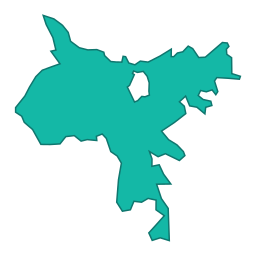 outline of Karshi, Kashkadarya, Uzbekistan
{"feature_id": "79887680B57210975668042", "entity_name": "Karshi", "entity_type": "district", "adm_level": 2, "iso_a3": "UZB", "parent_name": "Uzbekistan", "parent_adm1": "Kashkadarya", "projection": "mercator", "projection_center": [65.821, 38.728], "detail": "fine", "context": "isolated", "style": "filled", "palette": "teal", "viewbox_px": 256, "rotation_deg": 0, "n_neighbors": 0, "source": "geoboundaries", "source_scale": "gbopen_adm2", "svg_char_len": 1671}
<svg xmlns="http://www.w3.org/2000/svg" viewBox="0 0 256 256"><path d="M40.9,144.4L50.1,144.5L60.0,143.9L65.8,136.6L74.3,135.6L81.1,141.1L87.2,139.6L96.8,140.5L96.4,136.3L102.2,134.0L106.3,138.4L110.8,151.6L117.2,156.0L121.4,163.1L118.5,179.7L116.7,202.2L122.4,211.2L130.4,209.8L133.9,201.3L141.6,202.2L148.1,198.4L156.1,200.1L156.0,209.8L164.3,215.7L155.0,226.1L148.8,232.9L152.2,240.4L160.2,237.8L169.3,240.6L168.2,208.4L161.4,198.6L156.6,184.2L170.8,184.0L163.6,174.2L159.2,164.8L151.9,166.3L152.0,158.9L149.4,151.5L158.1,156.7L165.4,153.7L179.4,160.5L184.9,155.6L183.4,151.6L177.0,144.9L168.6,139.7L161.5,131.1L174.6,122.3L185.8,113.6L184.3,106.2L179.4,101.8L185.6,96.1L189.7,105.9L196.9,107.2L204.9,113.9L205.7,107.3L211.9,105.5L210.8,101.2L203.1,99.5L198.2,95.5L200.6,90.5L206.3,91.8L212.1,89.9L215.8,94.7L217.8,91.6L214.5,81.0L216.8,77.6L227.5,78.2L239.4,79.2L240.4,76.3L231.8,73.6L231.6,57.7L226.8,54.3L226.4,49.2L228.9,46.4L227.3,43.0L222.4,42.5L205.3,57.2L198.7,57.5L192.7,48.6L188.2,46.1L182.8,51.8L177.4,53.0L173.7,56.7L171.2,56.6L171.3,49.1L160.1,56.0L148.1,62.1L140.3,61.1L134.9,64.8L128.8,63.0L125.6,56.7L123.1,56.3L121.8,62.1L116.0,62.0L110.7,61.5L104.6,55.6L103.8,52.2L96.8,49.6L87.8,49.9L79.2,47.7L70.6,41.3L68.2,32.4L62.5,25.3L53.9,18.9L43.2,15.4L46.2,24.6L52.9,37.6L55.9,50.1L50.9,51.2L60.0,63.8L51.5,66.8L42.3,70.2L35.8,76.7L29.5,87.1L24.9,96.0L15.6,107.6L15.6,112.2L21.7,116.2L24.3,122.4L32.6,129.5L40.9,144.4ZM133.6,71.0L137.4,72.4L143.3,71.4L147.2,76.3L149.2,82.8L148.9,91.2L149.4,95.1L145.0,96.8L141.8,96.4L137.7,100.7L134.5,102.0L127.3,87.0L129.5,85.4L134.3,74.6L132.5,73.5L133.6,71.0Z" fill="#14b8a6" stroke="#0f766e" stroke-width="1.5"/></svg>